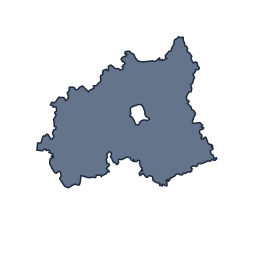 SVG path tracing the border of Minsk, rotated 63°
{"feature_id": "BLR-2345", "entity_name": "Minsk", "entity_type": "Region", "adm_level": 1, "iso_a3": "BLR", "parent_name": "Belarus", "parent_adm1": "", "projection": "albers", "projection_center": [27.803, 53.681], "detail": "fine", "context": "isolated", "style": "filled", "palette": "slate", "viewbox_px": 256, "rotation_deg": 63, "n_neighbors": 0, "source": "natural_earth", "source_scale": "10m", "svg_char_len": 5796}
<svg xmlns="http://www.w3.org/2000/svg" viewBox="0 0 256 256"><g transform="rotate(63 128 128)"><path d="M101.1,36.8L104.3,37.7L106.5,37.2L107.1,37.4L108.0,38.6L106.8,41.0L107.9,42.0L109.0,43.5L109.5,45.7L113.3,45.9L114.3,47.4L117.6,50.3L117.6,50.7L117.3,52.1L117.4,52.4L121.6,53.2L123.6,54.6L124.3,55.3L123.7,57.4L123.7,57.7L124.5,58.7L124.9,59.8L126.2,61.0L126.8,62.0L129.1,62.7L130.3,62.7L131.1,61.6L131.8,61.5L132.5,61.9L132.7,63.4L132.9,63.8L137.9,62.3L140.4,62.8L142.6,61.5L145.6,61.2L146.8,62.2L148.1,64.4L149.9,65.7L150.5,67.0L152.3,68.0L153.1,68.1L153.6,67.7L155.8,61.5L159.1,60.3L159.6,60.4L160.3,62.1L161.0,61.7L162.0,60.5L162.5,60.8L163.1,62.0L162.5,63.7L162.5,64.2L162.7,65.2L163.2,65.7L165.8,66.6L167.0,65.6L169.0,65.8L169.6,66.0L169.7,67.2L170.3,67.5L171.4,67.1L172.0,66.1L171.9,65.6L171.1,64.4L171.4,63.1L171.7,62.8L178.2,63.6L179.3,63.1L180.3,61.5L181.9,60.7L182.3,60.8L181.7,61.5L181.8,61.9L182.0,62.1L182.5,62.1L184.5,61.4L185.0,61.5L185.5,63.1L185.6,65.1L185.9,65.3L187.2,65.3L188.8,65.9L191.0,64.5L193.9,65.1L194.5,64.5L194.7,62.7L195.4,62.8L195.9,63.5L196.3,65.3L194.1,67.8L194.8,69.0L194.9,69.6L193.7,71.8L193.3,77.5L193.1,78.8L191.6,81.5L193.3,83.7L193.4,84.2L193.1,84.9L191.5,86.6L191.3,88.6L191.9,89.7L192.5,89.9L193.7,89.4L193.9,90.2L195.2,90.7L195.3,92.0L195.7,92.5L194.4,93.7L194.4,97.9L193.6,98.5L193.4,99.0L194.1,100.2L194.3,101.3L192.7,103.4L191.5,104.4L191.0,105.4L191.0,106.1L191.8,107.6L192.0,108.6L192.0,111.3L192.2,112.0L191.8,113.0L191.9,113.4L193.1,114.2L192.0,115.9L192.3,116.2L193.5,115.6L193.8,115.9L193.6,116.7L192.1,117.7L193.5,118.0L194.2,118.6L195.5,118.5L196.2,119.1L197.1,119.4L196.9,120.1L196.0,121.2L194.1,122.2L193.9,122.6L194.0,123.1L195.2,123.6L195.1,124.0L194.1,124.7L193.7,125.7L193.5,125.9L193.0,125.8L192.3,124.9L191.6,125.0L189.4,127.6L186.3,129.4L185.0,129.4L184.1,128.7L182.7,128.3L181.9,128.7L180.2,130.6L180.1,131.3L180.7,133.0L180.1,134.1L179.6,134.4L175.6,135.0L175.6,137.2L176.0,138.6L175.7,138.9L174.0,138.9L173.5,138.5L172.2,136.2L172.6,134.7L172.3,134.1L171.2,134.8L170.2,133.7L169.4,133.8L168.4,134.3L164.7,133.7L162.6,132.5L162.0,132.6L161.4,133.5L161.8,135.5L161.6,136.3L161.0,136.8L159.2,137.3L160.3,137.9L160.4,138.3L158.6,139.1L157.8,139.8L155.4,139.7L154.2,141.1L153.3,142.7L153.4,145.4L153.3,147.9L153.0,148.6L151.9,149.8L151.7,150.5L152.2,151.2L154.7,152.2L155.6,154.0L155.4,154.7L152.7,155.4L152.1,156.4L151.6,156.6L146.8,156.3L145.9,156.8L144.3,155.0L143.1,154.3L141.8,154.5L140.5,155.4L141.7,158.7L144.6,159.7L146.3,161.8L148.1,162.1L150.0,163.0L150.9,161.3L152.6,161.4L153.2,162.6L153.7,164.5L154.3,165.5L155.8,165.3L157.2,164.5L158.2,164.4L158.5,164.7L157.9,165.8L159.0,168.9L158.5,172.0L159.2,173.9L157.4,174.0L156.5,176.1L155.7,177.6L156.0,178.0L157.3,179.0L157.2,180.1L155.7,181.9L155.0,184.6L154.0,186.2L149.1,191.3L150.0,192.2L154.1,194.8L156.6,197.1L155.8,198.0L156.0,198.6L155.9,198.9L154.0,200.4L153.8,203.9L154.2,207.3L154.1,208.3L151.3,210.9L142.1,211.9L141.8,211.7L140.5,209.3L136.5,208.3L135.8,208.6L135.1,209.3L135.1,209.7L135.6,210.9L135.7,212.5L134.5,213.5L129.3,214.2L127.9,213.9L124.6,214.0L121.9,212.7L120.4,211.4L120.2,210.8L120.3,207.8L120.1,207.4L119.2,207.6L118.6,209.1L117.4,207.0L117.1,206.9L113.9,209.5L113.3,208.4L112.2,208.4L111.6,208.9L110.9,211.0L109.2,211.2L109.0,211.5L109.0,212.6L109.5,214.2L109.0,215.4L106.3,219.2L100.3,215.3L101.4,213.4L101.5,212.8L101.2,211.7L97.5,208.2L96.7,206.9L97.5,206.1L97.7,205.5L96.6,204.0L96.9,202.7L97.2,202.3L102.8,201.8L103.1,200.9L103.1,199.8L102.1,198.1L101.6,197.8L99.4,197.8L97.7,197.3L96.0,194.8L96.0,194.1L96.3,193.4L96.2,192.8L94.7,191.7L94.3,191.7L93.5,192.8L92.9,193.0L91.0,191.9L86.4,190.3L84.0,186.2L83.6,186.1L82.2,186.6L81.1,186.3L80.7,185.9L80.6,184.6L80.3,184.0L78.0,182.7L76.2,182.9L75.5,185.1L73.8,185.2L72.2,186.6L71.8,186.4L70.5,184.2L70.6,183.7L71.9,182.7L72.0,182.3L71.4,179.8L69.7,176.8L69.3,176.0L69.3,175.1L70.3,174.3L71.0,172.4L71.7,171.4L72.9,171.1L75.1,171.2L75.3,171.1L75.3,170.2L74.6,168.5L73.2,166.9L69.8,166.4L69.1,166.1L68.8,165.6L68.6,164.4L67.8,163.7L67.6,162.6L65.9,162.5L65.2,162.0L65.2,161.4L66.3,158.9L67.3,157.9L68.0,157.4L69.9,157.4L70.6,156.8L70.7,154.6L69.7,152.5L69.9,149.4L77.9,146.8L77.2,145.6L76.9,144.2L77.2,141.1L77.1,140.2L76.6,139.9L74.9,139.9L75.1,138.7L75.6,137.5L75.8,136.5L74.6,133.9L74.3,131.8L73.8,131.1L72.1,130.1L69.3,129.1L68.9,128.3L68.8,125.9L67.1,125.5L65.8,124.4L65.4,123.8L65.7,121.0L65.8,120.7L67.2,120.6L67.8,119.4L64.8,117.8L64.0,117.2L64.0,116.8L64.1,115.0L64.5,114.3L68.9,112.6L69.6,111.8L70.7,109.5L72.5,108.9L72.9,107.9L73.1,105.7L72.9,105.3L70.5,105.2L70.0,104.3L69.6,102.1L69.2,101.5L67.1,101.3L66.9,101.5L66.8,102.4L66.4,102.7L63.5,102.9L62.8,101.7L62.5,100.7L62.7,97.8L63.0,96.4L61.6,95.6L61.3,95.8L60.9,97.0L60.5,97.0L59.1,96.3L58.9,96.1L58.9,95.6L59.3,93.9L60.3,91.6L62.1,91.6L64.7,89.5L65.4,89.3L67.9,89.7L72.4,88.9L74.9,86.4L76.2,83.9L79.3,75.7L80.8,74.1L80.9,71.7L80.2,70.2L79.9,68.1L80.3,68.0L82.0,69.1L82.3,68.5L82.5,66.3L83.6,66.1L83.9,65.5L83.5,63.9L83.6,62.0L81.9,62.5L80.4,61.8L80.1,61.3L79.9,60.4L78.4,56.9L78.3,56.4L78.6,55.0L78.3,53.9L76.8,53.0L73.9,48.6L72.2,48.0L70.7,46.5L70.5,45.9L70.5,43.4L69.7,41.5L71.6,40.0L71.7,39.6L71.6,38.8L71.7,38.2L72.5,37.7L75.1,39.0L78.4,39.1L79.9,40.0L80.9,39.8L81.7,38.8L84.2,38.8L84.8,39.1L85.7,40.4L86.1,40.6L87.1,40.3L88.8,39.2L92.8,38.6L93.4,38.8L94.4,40.2L96.2,40.5L99.9,40.1L100.0,39.6L99.7,38.0L101.1,36.8ZM127.0,119.6L128.7,119.3L129.8,117.6L129.4,115.8L128.1,114.8L127.6,112.5L127.8,110.8L128.9,108.8L130.1,107.4L130.0,105.0L128.9,104.6L126.7,106.3L125.1,106.8L124.0,106.8L120.7,105.6L116.5,104.9L114.0,105.4L112.7,106.3L111.7,108.5L111.1,113.4L111.1,115.4L111.6,117.3L113.2,117.7L117.0,119.3L117.7,120.6L118.6,121.0L119.7,119.6L124.0,119.1L127.0,119.6Z" fill="#64748b" stroke="#1e293b" stroke-width="1.5"/></g></svg>